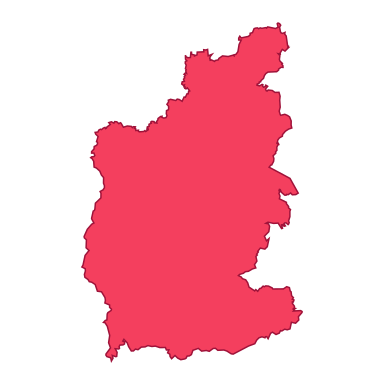 Pihuamo, Jalisco, Mexico
{"feature_id": "50627088B45338905854221", "entity_name": "Pihuamo", "entity_type": "district", "adm_level": 2, "iso_a3": "MEX", "parent_name": "Mexico", "parent_adm1": "Jalisco", "projection": "mercator", "projection_center": [-103.387, 19.169], "detail": "fine", "context": "isolated", "style": "filled", "palette": "rose", "viewbox_px": 384, "rotation_deg": 0, "n_neighbors": 0, "source": "geoboundaries", "source_scale": "gbopen_adm2", "svg_char_len": 5937}
<svg xmlns="http://www.w3.org/2000/svg" viewBox="0 0 384 384"><path d="M111.4,361.0L113.0,358.3L112.3,355.4L115.8,356.7L116.7,356.4L117.1,352.3L115.2,348.7L118.8,349.0L119.5,348.3L119.1,346.6L119.9,345.1L123.0,344.9L124.5,344.0L124.7,342.0L122.8,341.1L123.9,339.3L127.2,342.8L128.6,346.6L131.3,351.0L133.5,350.9L135.4,349.1L138.0,349.7L141.3,347.1L145.1,346.9L147.9,345.6L151.9,346.5L155.3,346.1L159.9,347.6L165.4,347.5L166.4,350.0L168.8,349.8L167.6,352.8L169.8,354.2L170.1,356.6L171.6,358.7L175.0,355.5L177.7,358.1L180.8,359.7L184.9,358.9L186.1,358.2L187.1,356.1L189.4,355.9L191.4,354.6L192.9,350.3L198.3,348.4L201.6,351.1L206.3,350.5L209.3,351.3L213.1,348.5L215.4,348.3L217.8,350.3L223.9,350.0L227.0,351.1L231.2,353.8L233.2,354.1L248.6,346.0L254.8,343.7L256.7,340.1L259.0,337.8L262.0,336.8L265.0,337.8L265.5,336.7L266.7,336.6L268.1,338.7L270.6,333.3L272.5,332.2L276.0,334.5L279.3,333.1L280.5,330.6L281.8,331.0L284.7,329.2L287.2,329.8L290.0,328.9L291.4,322.3L295.6,323.2L298.8,320.0L298.4,316.7L302.0,312.5L302.1,311.5L300.7,310.6L293.5,311.0L294.3,310.1L293.5,309.6L295.2,308.5L293.8,308.3L294.5,307.7L294.4,306.2L292.4,303.4L292.4,301.9L293.3,302.0L294.0,300.0L292.3,299.2L293.4,297.7L291.6,295.7L291.1,291.8L290.2,291.0L289.4,287.6L286.7,286.7L283.4,288.9L272.9,289.0L272.2,287.9L268.5,286.1L265.7,285.9L264.3,286.7L263.1,286.1L260.9,288.3L259.7,288.5L257.7,291.3L255.8,289.6L254.7,290.9L249.0,287.1L247.7,282.8L245.7,279.8L242.5,278.7L241.1,276.9L238.4,275.6L239.6,274.4L243.3,273.3L245.4,271.7L248.4,271.3L252.5,268.9L255.8,267.9L254.5,264.7L256.9,261.1L255.9,256.4L257.3,255.0L256.6,254.2L258.3,252.0L257.7,251.4L260.3,248.1L264.9,249.1L267.3,246.7L269.0,238.6L266.5,240.8L264.4,236.2L268.8,231.7L269.6,226.3L268.5,223.9L265.9,223.3L268.0,222.2L273.6,223.4L278.1,223.1L281.6,228.6L282.5,228.3L281.6,224.8L282.6,224.7L284.1,226.3L285.4,225.9L283.9,223.8L284.6,223.0L286.0,222.8L288.1,224.6L288.6,224.1L289.2,222.6L288.6,220.9L289.9,216.7L289.9,211.2L290.5,209.6L288.5,207.8L288.6,206.5L286.4,203.7L286.4,202.3L279.4,198.8L280.0,196.1L278.9,193.3L279.7,192.0L279.0,190.6L279.4,189.4L280.2,189.6L281.4,192.3L284.6,195.1L286.1,195.2L286.7,194.4L288.1,194.7L290.6,193.0L292.3,194.8L295.8,194.6L298.2,193.1L290.0,178.4L269.1,167.2L270.9,165.0L271.7,165.0L273.6,161.4L273.9,158.7L273.1,155.8L275.8,153.2L275.6,151.8L276.9,150.3L276.8,147.2L277.9,144.9L278.8,144.6L278.3,143.2L276.4,143.5L277.3,142.8L277.8,140.0L279.4,137.9L282.4,136.2L282.5,134.6L285.4,131.2L288.6,129.1L291.8,128.0L291.1,125.0L291.2,121.0L289.6,116.9L287.6,115.5L284.8,114.3L280.7,115.3L280.2,114.5L279.2,111.1L280.2,107.2L279.7,100.1L280.1,96.2L279.0,92.3L274.9,92.4L272.3,90.5L268.2,90.0L267.2,91.0L266.3,90.8L265.5,89.0L267.7,86.3L266.3,85.4L265.6,85.2L265.4,86.5L263.6,87.2L262.6,86.2L262.9,84.7L262.1,84.4L259.5,85.9L257.0,85.2L257.2,84.0L259.0,83.5L259.3,82.0L260.6,81.9L261.1,80.5L263.5,78.4L264.4,75.6L265.9,73.5L268.0,72.1L276.7,71.7L278.6,70.1L278.6,69.1L281.1,67.3L283.0,67.4L282.9,65.6L281.7,64.1L282.4,63.4L279.9,61.0L279.4,59.4L279.9,55.6L278.2,53.7L280.3,54.1L280.2,52.9L282.3,49.4L285.0,51.1L288.8,47.3L287.9,47.1L288.3,46.1L287.6,45.8L286.2,36.0L284.7,34.1L285.0,32.4L282.7,33.4L281.1,32.9L280.4,31.6L279.6,27.1L280.7,25.2L279.5,23.6L278.0,23.0L277.2,23.7L278.1,27.2L275.5,28.5L267.7,26.9L266.6,28.1L266.0,27.6L261.9,28.3L260.2,27.9L258.6,28.7L257.5,27.9L255.6,28.1L254.1,28.6L252.5,32.6L250.1,33.3L250.2,34.8L248.4,36.4L241.2,37.9L239.8,36.2L238.7,38.1L238.7,40.0L241.2,40.1L239.1,44.4L237.9,51.7L235.9,54.4L233.7,54.9L233.9,55.7L233.0,55.2L228.2,56.5L222.5,55.9L218.9,58.4L218.2,59.9L215.2,60.5L214.6,61.4L211.9,60.1L209.5,60.4L210.9,59.7L209.7,58.6L210.2,56.6L212.0,54.3L208.2,55.8L207.6,49.4L205.9,50.0L203.7,49.7L203.8,51.8L197.2,52.1L197.0,54.9L194.6,55.9L194.7,55.1L191.6,54.3L191.5,52.2L190.9,52.2L190.4,57.5L187.9,57.7L186.1,56.8L185.4,55.2L185.5,59.2L186.8,60.8L185.4,61.5L185.2,63.2L186.2,65.2L185.4,68.7L186.2,69.7L185.7,70.9L186.5,73.2L185.6,72.7L184.0,74.3L185.5,75.2L184.2,76.8L184.7,77.9L183.5,79.2L184.4,81.3L182.2,81.8L181.7,84.0L183.5,85.4L184.4,85.0L183.9,86.8L185.2,87.1L184.8,88.3L186.0,88.9L187.3,87.9L189.7,90.9L188.6,91.3L188.2,93.8L187.0,93.8L185.4,97.2L184.1,97.0L182.1,101.3L179.3,99.5L177.2,99.1L175.8,100.5L170.6,99.3L168.3,100.2L168.6,101.9L166.9,104.3L168.6,106.3L168.6,108.7L168.4,109.7L166.5,110.6L166.3,113.8L167.0,115.6L166.1,117.6L163.7,118.1L161.7,117.2L162.0,116.3L160.6,116.5L158.0,118.5L157.9,119.8L156.4,121.8L156.9,123.0L154.4,122.8L154.1,121.6L151.8,121.3L150.7,122.1L151.3,123.2L149.0,124.3L149.1,126.3L147.3,126.9L147.0,128.8L147.9,128.3L148.3,129.7L145.7,131.5L144.9,130.6L143.7,131.5L139.3,131.8L138.4,131.3L138.5,130.2L135.8,130.5L135.6,128.5L134.5,128.4L135.3,126.8L133.4,126.7L132.4,127.6L131.4,126.4L127.3,126.0L123.4,127.2L121.0,123.1L120.3,122.7L118.9,123.7L116.8,121.8L114.7,121.6L113.9,123.1L111.4,121.8L108.8,122.6L110.3,124.5L106.9,127.0L106.4,128.2L105.6,128.6L105.0,127.4L103.3,128.1L101.5,129.6L100.4,129.2L98.8,130.1L97.9,132.0L95.1,132.4L95.7,134.1L98.1,136.5L96.5,141.7L97.5,142.3L97.5,143.9L96.6,145.3L94.2,146.5L94.0,149.0L91.6,151.6L91.6,153.1L93.9,153.1L94.8,155.6L93.9,156.6L91.7,156.8L90.7,157.7L92.0,158.5L93.7,161.3L94.1,167.1L96.4,168.0L99.8,171.1L101.4,175.0L103.6,177.6L103.5,183.2L104.4,185.6L104.4,187.8L103.0,189.9L100.1,191.5L101.0,193.3L100.9,197.9L95.4,203.2L94.9,209.0L94.4,210.4L93.2,211.1L91.7,217.8L91.6,218.8L93.9,223.0L91.7,224.2L87.3,229.3L84.1,236.5L84.3,237.8L86.4,239.8L86.1,247.8L89.0,250.5L85.1,255.4L83.0,265.1L81.9,267.0L85.2,268.7L85.4,271.0L84.4,274.4L84.9,277.3L88.0,279.5L89.3,281.7L91.7,282.2L95.2,284.5L97.4,291.2L101.5,291.8L105.0,297.6L105.4,300.3L104.9,303.0L109.6,305.0L109.6,307.4L111.5,309.2L111.1,310.5L107.9,312.6L107.2,314.0L106.9,319.9L105.2,320.5L103.5,322.4L105.0,322.7L107.3,326.3L109.7,335.4L108.6,342.7L110.5,347.9L106.0,354.0L105.9,355.1L106.9,356.6L110.7,357.8L111.4,361.0Z" fill="#f43f5e" stroke="#9f1239" stroke-width="1.5"/></svg>